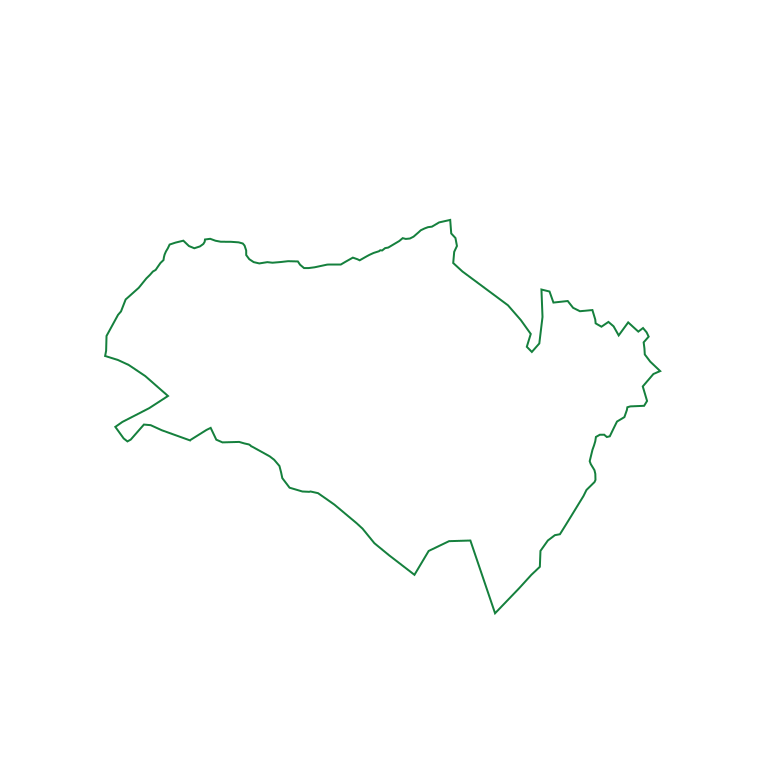 outline of Karaye, Kano, Nigeria, rotated 229°
{"feature_id": "59680162B44599338364171", "entity_name": "Karaye", "entity_type": "district", "adm_level": 2, "iso_a3": "NGA", "parent_name": "Nigeria", "parent_adm1": "Kano", "projection": "robinson", "projection_center": [8.014, 11.761], "detail": "fine", "context": "isolated", "style": "outline", "palette": "green", "viewbox_px": 768, "rotation_deg": 229, "n_neighbors": 0, "source": "geoboundaries", "source_scale": "gbopen_adm2", "svg_char_len": 2530}
<svg xmlns="http://www.w3.org/2000/svg" viewBox="0 0 768 768"><g transform="rotate(229 384 384)"><path d="M513.7,151.8L509.0,152.7L508.2,156.4L510.9,176.2L506.0,180.9L494.8,186.0L468.7,200.6L468.8,200.8L465.8,219.9L464.6,224.4L452.0,220.9L445.9,223.8L435.3,236.7L430.8,239.6L427.0,242.4L425.3,242.9L424.2,242.9L423.2,243.4L404.3,250.3L398.8,251.4L390.7,251.3L384.7,248.3L379.7,245.5L367.7,244.7L356.4,251.9L351.7,256.8L351.1,258.0L344.9,262.6L325.6,267.4L296.9,272.0L288.9,272.9L270.3,272.3L270.2,272.3L266.5,272.9L251.2,275.5L220.0,281.8L220.6,283.6L228.7,308.2L222.7,330.0L209.2,346.5L138.1,317.4L141.2,352.0L143.3,370.0L143.8,381.7L155.4,392.6L158.4,405.0L157.8,413.8L155.2,418.2L158.0,427.4L160.9,436.7L168.6,461.1L171.2,467.3L171.9,478.6L172.9,480.7L177.5,484.5L180.9,486.3L187.9,487.5L190.8,488.6L197.6,498.2L199.9,502.3L202.2,505.9L205.0,509.2L204.1,513.6L201.3,516.9L197.8,517.4L196.4,520.1L199.7,527.8L202.8,535.2L201.3,543.7L205.0,550.2L206.8,552.4L205.5,555.2L196.9,566.0L198.6,571.4L212.4,577.7L214.8,593.9L212.6,600.9L226.2,599.6L235.2,600.2L240.0,603.9L245.1,607.3L246.1,614.8L250.7,616.1L256.3,616.2L256.7,610.3L270.3,608.7L266.7,593.0L276.9,595.1L283.6,594.1L284.6,585.7L290.9,583.5L294.0,585.7L303.1,589.8L310.4,579.6L317.4,576.7L326.1,577.1L334.3,565.3L345.2,569.6L352.0,564.8L330.6,547.6L312.7,527.8L311.2,516.6L318.4,516.2L325.5,527.6L342.4,529.2L362.1,529.2L417.5,517.0L429.9,515.6L437.7,523.7L440.3,529.6L447.3,533.7L453.5,533.5L464.4,541.6L469.8,531.6L471.3,523.4L473.5,520.1L474.8,516.6L475.9,512.6L475.8,509.8L475.8,506.5L475.8,503.0L476.8,499.0L479.2,495.6L481.8,493.8L481.9,489.3L483.2,482.2L484.2,476.7L485.8,474.0L486.0,470.2L487.4,468.9L487.5,467.3L489.7,462.2L491.0,457.8L491.6,455.2L492.2,452.3L493.3,446.8L495.6,445.8L499.8,443.4L501.4,435.7L502.5,429.8L511.3,419.6L517.6,408.2L521.0,403.1L524.0,399.7L529.1,398.9L533.0,399.4L539.6,392.2L543.8,386.1L548.7,379.4L552.5,375.9L556.8,369.0L561.5,365.6L566.6,364.2L571.7,364.6L575.2,367.6L580.0,369.6L582.7,369.6L586.3,367.2L591.8,361.7L598.4,354.2L602.7,350.8L607.6,348.1L610.5,343.7L609.0,342.0L608.2,339.5L608.6,335.3L610.9,329.9L616.1,327.3L623.8,326.6L627.5,319.4L629.9,313.7L628.2,309.8L627.1,306.4L625.6,303.3L624.0,301.0L622.2,298.9L622.0,294.7L620.9,290.3L619.9,286.5L620.5,283.4L619.9,278.8L619.6,273.9L617.5,262.0L617.3,244.5L611.3,233.1L610.7,228.7L602.3,206.1L591.4,196.1L588.1,191.9L576.6,199.0L565.9,203.8L546.7,209.0L516.7,213.1L519.8,191.0L527.0,161.7L527.9,153.1L513.7,151.8Z" fill="none" stroke="#15803d" stroke-width="2"/></g></svg>